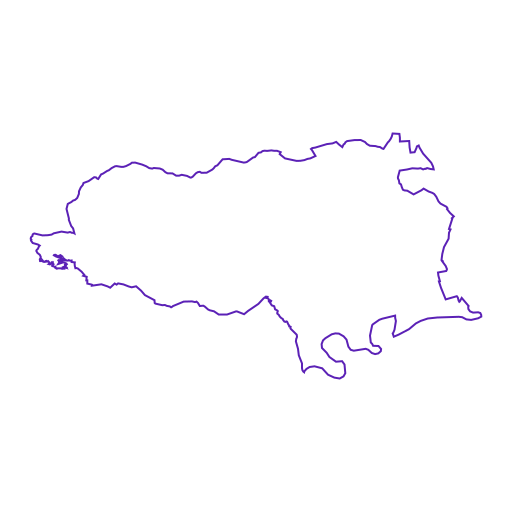 outline of Unirea, Alba, Romania
{"feature_id": "2599482B55596473633613", "entity_name": "Unirea", "entity_type": "district", "adm_level": 2, "iso_a3": "ROU", "parent_name": "Romania", "parent_adm1": "Alba", "projection": "robinson", "projection_center": [23.708, 46.42], "detail": "fine", "context": "isolated", "style": "outline", "palette": "violet", "viewbox_px": 512, "rotation_deg": 0, "n_neighbors": 0, "source": "geoboundaries", "source_scale": "gbopen_adm2", "svg_char_len": 5954}
<svg xmlns="http://www.w3.org/2000/svg" viewBox="0 0 512 512"><path d="M302.0,363.4L302.0,368.2L302.4,370.1L303.3,371.6L304.1,372.2L304.2,371.5L306.5,368.9L309.6,367.0L314.5,366.3L322.2,368.3L328.0,374.7L334.3,377.6L339.7,378.5L343.5,376.4L345.3,373.2L344.5,364.5L342.1,361.2L336.0,361.7L329.4,357.0L326.7,352.8L322.0,348.0L321.6,344.1L323.0,340.4L325.4,338.2L331.7,334.3L335.3,333.4L338.9,333.6L343.6,336.3L346.5,339.6L348.4,346.7L350.7,349.8L353.8,350.7L365.7,348.8L368.3,349.8L371.8,353.0L375.1,354.1L378.3,353.4L380.8,351.2L381.1,349.0L378.5,346.0L373.1,345.8L372.2,343.9L370.8,342.5L370.0,335.6L372.2,325.1L372.9,324.3L379.3,319.8L382.3,318.7L395.1,315.6L395.2,318.0L395.9,321.0L394.5,329.7L393.3,332.7L392.7,333.4L393.8,336.7L398.7,334.6L409.1,329.1L415.9,323.4L420.7,320.9L427.8,318.5L437.3,317.5L458.8,316.8L462.2,317.2L466.4,319.4L471.2,319.9L478.1,318.3L481.3,316.6L481.2,314.9L480.3,313.0L478.2,312.3L473.1,312.6L470.1,311.4L468.4,309.1L468.2,306.8L468.6,306.0L461.7,297.9L459.8,301.4L459.3,301.8L458.6,300.6L457.8,297.5L456.8,296.2L445.7,299.4L441.0,287.8L438.9,281.4L439.9,281.2L438.4,275.7L438.0,272.5L446.2,271.0L446.9,269.6L446.9,268.9L445.7,266.0L442.1,261.1L442.5,260.9L441.5,260.0L442.3,253.9L444.0,247.1L448.6,238.7L449.0,232.7L450.5,229.4L449.0,229.0L452.4,218.4L452.0,218.1L453.8,216.4L450.1,213.0L447.0,209.1L447.5,208.3L446.5,206.8L440.5,203.6L438.5,201.4L436.3,196.8L434.2,194.0L432.4,192.9L428.6,191.5L423.6,188.6L421.4,190.3L413.6,194.4L407.3,190.7L404.4,190.4L402.9,189.7L401.8,187.1L401.0,184.4L399.4,183.4L398.9,180.3L398.0,178.5L397.9,177.2L399.7,170.6L407.0,169.5L412.3,168.3L418.0,168.6L420.6,168.2L423.1,169.4L424.7,168.8L425.8,168.9L426.2,168.4L427.2,168.1L430.5,169.0L433.7,169.4L433.0,166.4L431.3,162.8L423.1,153.6L419.5,147.6L418.7,145.5L416.9,146.4L416.5,147.9L414.6,152.2L410.5,152.6L409.6,147.4L409.2,141.0L399.9,141.5L399.9,137.7L399.4,133.9L392.6,133.5L391.8,136.5L390.7,138.8L388.9,141.4L387.9,142.3L383.5,148.9L382.4,148.6L379.9,147.0L377.8,146.8L375.6,146.1L369.8,145.7L366.9,144.0L365.0,142.0L360.7,140.0L354.3,140.1L347.1,141.1L345.4,142.3L344.7,143.7L343.6,144.4L342.3,147.1L339.1,144.6L336.2,141.9L332.5,143.4L326.9,144.1L315.2,147.6L312.2,148.1L311.0,149.0L311.9,150.0L315.5,156.0L310.3,158.4L307.5,158.9L304.4,160.1L300.3,160.8L296.6,160.9L285.0,158.4L279.7,154.1L280.7,152.2L277.0,150.8L274.1,150.8L271.4,150.4L267.2,150.9L264.4,150.7L262.5,151.1L260.9,152.4L258.5,152.8L254.9,157.1L253.1,157.5L247.0,161.9L245.9,162.3L243.8,162.6L231.7,159.8L229.3,158.9L222.6,159.3L217.4,165.3L215.2,166.3L213.6,168.4L212.1,169.7L207.4,172.3L206.7,172.7L202.4,172.8L201.4,172.8L199.8,171.8L197.7,172.2L195.9,173.3L192.7,176.7L191.3,177.5L190.4,177.6L187.0,175.9L181.7,174.8L179.0,175.7L176.2,175.7L172.5,173.4L167.5,173.3L165.4,172.2L162.7,169.7L159.8,168.5L153.8,168.0L152.2,168.6L149.2,168.1L146.3,166.3L142.2,164.6L135.2,162.6L131.9,162.7L130.4,163.9L126.0,166.1L123.2,166.9L121.4,166.9L116.6,166.1L115.0,166.3L111.6,168.1L108.8,170.3L107.2,170.9L103.0,173.6L101.1,174.4L98.2,179.0L97.2,178.6L96.0,177.4L94.2,177.2L88.6,181.1L83.5,183.0L82.8,185.0L80.8,187.4L79.0,191.3L78.9,193.9L77.2,198.0L75.1,199.9L73.0,200.6L71.4,202.0L67.8,203.9L66.5,208.9L68.9,218.5L68.8,219.8L71.2,226.0L73.1,228.4L74.4,233.4L73.3,232.8L71.9,232.8L70.0,232.0L67.7,232.6L61.5,231.6L53.8,233.3L51.6,234.6L47.8,235.2L42.5,235.4L34.4,233.5L33.4,233.8L32.7,234.5L32.4,236.1L31.4,236.8L30.9,237.7L30.7,238.9L31.4,239.7L31.0,240.6L32.7,243.0L37.9,244.5L39.7,245.6L39.0,246.3L37.9,248.8L36.7,249.9L36.3,250.9L37.4,252.9L39.8,254.8L40.7,256.7L40.7,257.8L39.8,259.3L40.2,261.9L40.4,260.4L42.4,261.3L42.2,260.0L43.2,261.2L44.3,261.9L45.2,261.8L45.5,261.1L46.4,260.9L46.6,261.6L47.1,261.7L48.1,261.1L49.2,262.3L49.1,263.9L48.8,264.1L49.8,264.4L51.0,263.9L51.4,262.5L51.7,262.3L51.9,262.9L52.8,262.4L53.0,263.8L53.5,264.2L52.4,265.5L52.7,265.6L52.5,266.1L54.4,266.7L55.2,266.6L55.6,267.1L55.3,267.7L56.6,268.7L57.6,268.7L56.8,268.4L57.0,268.3L60.9,268.3L61.4,268.7L63.4,268.7L63.1,268.4L63.6,268.1L63.7,267.6L62.0,267.6L63.7,266.9L64.6,267.6L64.3,268.2L65.7,267.7L66.4,267.9L66.2,267.6L66.5,267.4L65.6,266.7L64.1,266.7L65.3,265.8L65.0,265.6L65.2,265.1L64.2,265.1L65.0,264.8L64.7,264.2L65.5,265.0L66.0,264.5L66.1,264.9L66.5,264.5L66.3,264.1L66.7,264.0L66.4,263.5L63.4,262.3L58.2,264.0L59.3,262.3L58.9,261.4L59.0,261.1L57.7,259.7L59.9,261.3L60.2,260.8L59.7,260.1L60.2,259.9L60.9,260.6L61.1,260.2L61.8,261.3L62.2,260.8L61.9,260.0L60.3,258.0L56.0,256.5L53.9,255.3L54.2,254.9L55.6,254.8L57.7,256.2L60.3,257.1L60.8,256.8L60.6,256.1L60.1,256.0L60.3,255.7L59.8,255.4L60.4,255.1L62.1,256.3L60.8,257.3L64.2,260.3L64.5,260.1L63.5,258.7L63.6,258.3L64.4,259.0L64.3,259.4L65.7,259.9L65.8,260.5L68.1,260.6L68.8,260.1L70.0,260.7L71.6,260.5L71.6,262.0L74.8,262.4L74.6,263.6L74.8,265.9L75.4,268.2L76.3,268.0L77.8,268.5L81.6,271.7L84.3,274.9L83.3,275.8L86.7,276.8L86.3,280.3L87.3,280.3L87.3,283.6L91.7,284.6L92.1,284.8L91.9,285.7L101.4,284.3L107.6,286.4L110.2,287.7L114.7,283.5L116.6,284.6L118.1,283.4L123.4,284.4L128.8,286.5L131.7,287.3L136.1,286.3L141.1,290.7L144.9,295.1L154.5,300.2L154.7,303.0L155.4,303.6L162.3,305.2L164.9,305.0L166.9,305.9L169.8,306.4L171.1,307.3L172.4,306.6L172.9,306.1L183.7,301.6L192.0,301.4L195.1,302.1L196.5,301.6L198.0,303.0L199.8,306.0L203.3,305.7L204.7,306.5L208.1,309.5L209.8,310.3L214.0,311.3L218.7,314.5L227.1,314.5L236.0,311.4L236.9,311.4L244.1,314.2L248.1,310.9L258.4,303.9L263.5,298.4L265.9,296.6L267.3,296.8L266.5,298.0L268.2,298.4L268.7,299.3L268.8,300.8L270.0,300.2L271.2,300.9L270.9,301.5L269.8,301.5L269.6,302.1L271.8,305.4L274.2,306.2L275.1,309.3L277.0,310.3L277.8,311.1L277.2,313.0L277.3,313.6L278.9,315.0L279.7,316.5L281.2,318.0L282.8,319.0L283.2,320.1L284.4,321.6L285.5,321.9L286.3,321.4L287.1,321.7L288.4,324.6L289.2,325.5L289.2,326.4L290.6,326.8L290.4,328.2L290.8,328.9L296.7,334.7L297.0,336.5L296.8,337.7L296.3,338.6L295.9,341.4L298.0,348.8L298.8,355.3L302.0,363.4Z" fill="none" stroke="#5b21b6" stroke-width="2"/></svg>